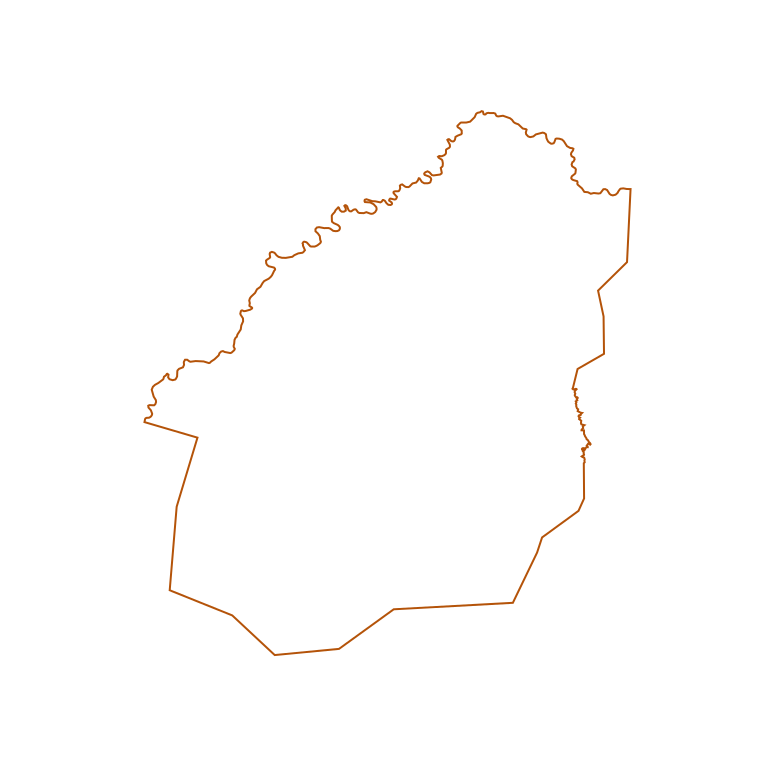 Sant, Selenge, Mongolia, rotated 195°
{"feature_id": "93677404B33793870278074", "entity_name": "Sant", "entity_type": "district", "adm_level": 2, "iso_a3": "MNG", "parent_name": "Mongolia", "parent_adm1": "Selenge", "projection": "equal_earth", "projection_center": [105.356, 49.376], "detail": "fine", "context": "isolated", "style": "outline", "palette": "amber", "viewbox_px": 768, "rotation_deg": 195, "n_neighbors": 0, "source": "geoboundaries", "source_scale": "gbopen_adm2", "svg_char_len": 6153}
<svg xmlns="http://www.w3.org/2000/svg" viewBox="0 0 768 768"><g transform="rotate(195 384 384)"><path d="M196.3,636.1L199.9,635.2L203.5,634.9L206.0,633.9L206.6,633.1L207.6,630.4L207.7,629.4L208.5,628.0L209.3,626.8L211.8,625.4L213.7,625.4L215.3,626.0L218.7,629.1L220.8,629.5L222.5,628.9L224.4,624.3L226.1,623.5L230.7,622.8L233.5,621.3L236.7,622.0L240.2,621.4L243.4,624.2L248.5,626.7L249.1,627.4L249.2,628.9L249.9,629.9L254.1,630.0L255.5,630.4L256.3,631.1L256.5,631.9L256.3,633.3L253.9,636.6L253.7,637.4L254.2,640.9L255.0,641.8L258.6,643.0L259.6,644.6L259.4,647.1L258.5,648.0L258.0,650.3L258.8,651.8L261.7,652.6L262.9,654.3L262.9,655.9L261.9,658.5L261.9,660.2L262.8,660.5L265.4,660.2L268.8,661.1L273.2,665.1L275.3,666.2L278.2,666.3L280.8,665.8L281.7,665.2L282.1,661.3L282.5,660.4L284.1,659.5L285.1,659.4L288.0,660.5L289.2,661.7L290.7,663.5L292.2,667.1L294.1,667.9L295.8,667.9L301.9,664.4L303.8,661.8L306.4,660.4L307.5,660.3L308.9,660.5L311.3,662.0L312.1,663.6L312.1,666.6L312.7,666.9L316.1,666.7L321.4,669.6L324.7,669.9L326.5,670.5L328.7,672.3L331.0,673.3L338.5,673.9L342.7,672.1L344.0,671.9L345.1,672.3L346.5,674.0L348.3,674.1L351.8,673.1L353.5,672.9L355.1,672.0L355.7,670.7L356.9,670.3L357.7,670.5L359.0,672.8L360.4,672.8L361.6,671.3L363.9,670.1L364.9,668.9L365.5,665.2L368.7,659.7L372.3,657.8L377.2,656.5L377.8,656.0L379.9,652.4L379.8,651.8L379.1,651.1L376.9,650.4L374.6,649.0L373.7,646.0L374.1,645.2L377.2,642.9L378.9,641.2L378.7,638.4L379.2,636.9L379.7,636.4L380.2,636.1L381.8,636.0L384.5,637.3L385.3,637.1L386.0,636.2L382.4,632.3L381.8,630.7L381.8,629.8L382.2,629.0L384.4,626.9L384.7,626.1L383.9,623.1L384.0,622.2L384.9,620.7L387.2,618.9L389.7,618.5L390.6,617.5L389.7,616.7L386.1,615.6L385.4,614.8L384.3,612.5L383.8,610.0L383.9,609.2L385.1,607.4L382.9,603.1L382.9,602.2L384.1,600.8L390.1,598.3L391.8,598.2L394.8,600.2L397.0,600.7L398.9,599.2L399.5,598.1L399.6,597.4L398.8,596.5L394.3,596.1L392.8,595.6L391.9,594.8L391.3,593.7L391.5,590.8L392.3,590.0L393.7,589.2L397.1,588.3L399.7,589.0L402.9,591.8L403.7,591.7L404.0,589.3L405.1,586.9L408.4,585.1L410.5,581.3L411.4,580.5L413.6,580.0L414.9,580.2L418.1,581.5L419.4,580.7L420.0,579.7L419.0,577.2L419.2,575.3L419.5,574.4L420.2,573.8L423.2,573.0L424.3,572.3L424.5,571.7L424.1,570.8L419.9,568.1L420.1,566.3L420.6,565.4L421.6,564.9L425.6,564.8L426.1,564.6L426.6,563.6L426.5,562.5L423.7,561.4L423.0,560.6L422.9,560.0L423.1,559.4L424.0,558.6L426.2,558.2L428.4,559.3L430.6,561.2L432.2,561.6L432.8,561.4L433.5,559.4L434.5,558.5L439.7,558.2L442.5,557.6L448.8,557.9L450.2,557.0L450.3,556.4L450.0,555.3L449.5,554.8L444.3,555.8L440.6,555.0L437.4,553.0L436.7,551.9L436.3,550.4L437.0,547.8L438.6,545.9L439.9,545.2L441.2,545.0L445.5,545.4L447.8,543.8L452.1,542.8L453.5,543.1L456.1,545.2L457.1,545.3L458.5,544.5L460.3,542.3L461.5,542.0L462.8,542.5L463.6,543.2L465.6,546.1L467.1,546.8L467.8,546.7L468.4,545.8L466.5,543.8L465.8,541.6L467.3,540.1L469.4,539.5L470.9,540.1L472.0,540.9L473.2,542.6L473.9,542.8L475.8,539.2L476.1,537.4L477.7,534.3L478.0,533.0L476.6,528.3L476.2,527.3L474.2,526.4L469.9,525.7L468.4,525.0L467.3,524.1L466.9,523.1L466.9,521.8L467.3,520.8L468.6,519.7L470.3,519.1L472.7,518.8L476.0,520.1L477.9,520.3L482.1,519.1L487.3,518.7L489.3,517.8L490.3,515.8L489.7,513.8L486.8,512.3L484.3,510.2L482.9,506.7L481.8,505.2L481.8,504.2L482.3,503.2L484.2,500.7L485.8,499.3L486.9,498.7L490.1,497.9L490.9,498.0L495.0,500.6L496.2,500.9L498.0,500.8L498.6,500.3L499.1,498.8L498.3,497.8L498.1,496.7L495.0,492.8L496.0,490.6L496.7,489.7L500.6,488.0L504.0,485.2L505.4,483.2L511.3,480.5L515.1,479.5L518.8,479.5L521.1,480.5L523.2,482.1L524.2,482.5L526.5,482.6L528.0,481.4L528.1,480.0L526.8,477.1L527.1,476.1L529.2,473.8L529.9,472.7L529.0,470.1L527.8,468.8L525.9,467.9L520.4,468.0L519.2,467.3L518.8,466.3L519.4,464.9L520.3,460.1L521.1,458.2L522.6,455.9L526.4,452.4L527.4,450.1L528.5,445.9L531.2,442.6L532.1,438.6L535.0,433.9L535.7,432.1L535.8,429.8L534.5,427.3L534.4,425.2L534.1,424.5L531.4,423.7L531.0,423.3L531.0,422.8L532.4,421.2L536.4,418.8L538.1,418.1L540.0,418.4L540.7,418.1L541.1,417.3L541.0,414.7L540.4,413.8L537.2,410.9L536.3,408.0L537.0,403.7L536.5,399.6L538.4,393.8L538.4,391.5L539.3,390.3L539.8,388.0L539.2,384.4L539.1,381.8L538.7,380.9L537.2,379.3L537.4,377.9L539.4,374.8L540.5,374.1L546.2,373.7L548.1,374.1L549.7,373.2L550.9,371.2L551.1,368.9L554.2,363.9L556.7,361.1L557.8,359.3L558.6,358.9L564.1,359.1L571.9,357.4L576.7,355.4L577.8,355.5L580.4,356.5L582.5,355.9L583.0,353.7L582.9,352.8L582.1,350.8L582.5,348.1L585.9,345.6L586.9,343.8L587.0,343.1L585.8,337.7L586.3,335.3L586.8,334.3L589.1,333.0L592.4,333.1L594.2,334.5L594.6,337.3L596.0,337.8L596.4,337.5L596.9,335.9L598.4,334.1L598.4,331.8L598.6,331.2L602.2,326.6L605.0,323.9L606.5,321.5L606.9,318.4L603.2,312.2L600.2,309.4L599.5,307.6L599.7,305.2L600.6,303.9L605.1,302.9L606.1,302.0L605.4,300.3L602.4,298.3L600.3,295.4L600.1,294.3L600.6,292.5L601.3,291.5L602.3,290.6L604.7,289.8L605.5,289.0L605.7,288.2L605.5,285.2L550.3,283.9L552.5,211.8L537.6,129.3L470.7,121.2L419.4,93.9L358.9,116.5L316.3,168.9L202.9,206.0L192.5,260.8L191.6,276.7L163.3,311.8L161.1,325.2L170.5,359.2L169.9,360.3L170.6,361.9L170.6,363.1L171.6,364.7L173.3,364.8L174.3,365.2L172.5,367.2L172.5,367.7L173.1,368.4L173.4,369.7L174.5,370.6L173.3,371.7L173.0,372.7L173.8,372.9L175.3,371.9L175.8,372.1L176.0,372.5L175.7,373.2L175.1,373.6L172.7,374.0L172.1,375.4L170.9,375.7L171.1,376.3L172.2,376.9L171.4,379.1L170.0,379.3L169.2,378.8L168.9,379.4L169.6,380.2L171.2,381.1L172.3,382.4L174.0,383.1L174.3,383.8L176.5,385.8L176.7,386.3L177.8,387.4L178.8,390.9L181.2,390.4L181.3,391.1L180.2,392.9L181.0,394.5L179.8,396.1L182.9,396.1L183.6,397.1L184.0,399.6L186.5,400.6L186.5,401.1L185.9,402.3L187.2,402.6L187.8,403.3L187.4,404.4L186.0,405.0L186.0,406.0L185.2,407.3L186.6,407.2L189.9,407.9L189.9,409.8L191.3,410.4L192.7,412.5L192.8,413.7L193.7,414.7L193.4,416.0L194.3,416.9L193.1,418.3L194.0,419.3L193.3,420.3L193.3,420.8L193.9,421.2L195.2,421.0L196.7,422.2L196.9,422.8L196.7,424.1L197.8,425.5L197.7,427.0L196.6,428.8L196.8,429.0L197.4,429.0L199.6,427.7L200.7,428.2L200.5,429.2L200.9,448.6L179.3,470.1L189.4,506.1L201.4,529.6L180.8,564.6L196.3,636.1Z" fill="none" stroke="#b45309" stroke-width="2"/></g></svg>